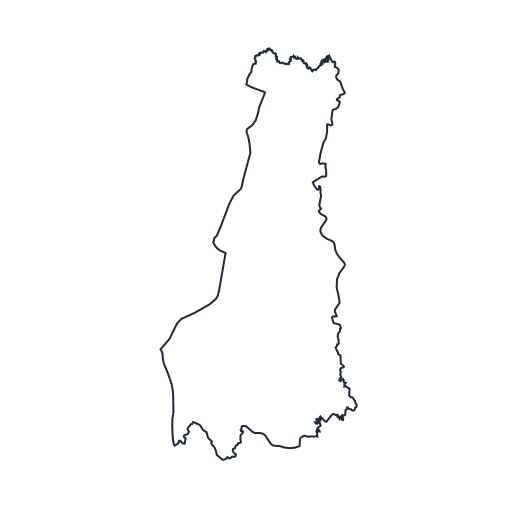 Pa Tio, Yasothon, Thailand, rotated 343°
{"feature_id": "78962969B66944967065262", "entity_name": "Pa Tio", "entity_type": "district", "adm_level": 2, "iso_a3": "THA", "parent_name": "Thailand", "parent_adm1": "Yasothon", "projection": "equal_earth", "projection_center": [104.435, 15.866], "detail": "fine", "context": "isolated", "style": "outline", "palette": "slate", "viewbox_px": 512, "rotation_deg": 343, "n_neighbors": 0, "source": "geoboundaries", "source_scale": "gbopen_adm2", "svg_char_len": 5995}
<svg xmlns="http://www.w3.org/2000/svg" viewBox="0 0 512 512"><g transform="rotate(343 256 256)"><path d="M307.8,387.4L305.7,383.6L307.7,375.7L305.9,373.7L306.2,372.4L305.4,368.5L305.4,366.6L306.8,366.1L307.8,364.3L308.8,364.5L309.5,364.0L310.4,360.3L310.6,356.5L311.8,354.4L314.5,352.1L315.0,350.2L316.1,349.9L316.2,348.2L315.9,346.1L310.6,342.8L310.6,337.2L312.0,336.2L314.5,337.2L315.6,337.1L315.2,332.6L315.6,330.6L322.4,325.0L323.3,318.7L323.9,309.8L326.6,302.1L330.7,296.8L337.7,291.5L338.5,290.0L338.3,288.3L334.8,280.0L333.9,276.5L333.6,273.2L334.5,267.9L334.1,265.4L333.1,263.9L329.0,260.4L326.0,256.6L325.3,255.2L324.8,252.3L325.0,250.3L326.5,247.8L333.7,242.2L334.3,241.0L334.2,238.8L330.2,234.7L329.1,232.0L329.3,231.3L331.9,229.8L331.3,226.9L331.5,225.7L335.9,217.3L336.1,214.7L337.2,211.1L337.5,208.3L337.3,207.7L336.8,207.7L336.0,210.1L335.4,210.6L333.9,210.4L332.1,205.3L331.9,202.0L342.3,199.3L345.4,200.3L346.6,199.8L347.9,195.2L348.3,191.6L349.6,188.2L346.1,186.7L344.2,186.7L343.5,184.9L347.6,176.9L353.5,167.4L357.1,164.1L360.3,158.0L362.5,151.0L363.9,151.3L365.5,153.0L367.3,152.8L367.9,151.2L367.8,147.8L371.7,139.3L372.6,138.7L375.3,138.7L377.9,137.8L381.1,133.5L380.9,132.5L379.0,130.6L379.2,129.6L382.5,128.8L382.8,127.5L383.6,126.7L387.4,126.7L388.7,125.9L387.8,121.5L387.5,113.9L385.3,111.0L384.9,108.6L385.4,107.1L388.2,105.2L389.6,101.9L388.4,99.4L386.7,98.3L386.7,97.4L388.0,95.6L388.2,93.4L387.9,93.0L386.6,93.4L385.7,92.6L384.9,89.2L385.1,87.9L384.0,87.3L384.4,86.0L383.8,86.2L383.6,85.7L382.2,86.0L382.6,87.2L381.9,87.7L382.4,87.9L382.8,89.2L382.5,89.8L381.7,90.0L381.7,90.8L381.3,91.1L380.8,90.4L379.5,90.6L379.9,89.9L380.5,90.2L379.8,89.1L380.3,87.7L379.0,88.8L378.6,87.9L377.6,88.4L377.8,89.3L378.5,89.6L378.4,90.1L377.9,90.3L377.0,89.3L376.2,89.5L376.0,88.4L375.5,88.9L375.5,90.3L374.8,90.3L374.6,91.2L375.0,91.5L374.3,91.5L374.3,92.1L373.7,91.8L373.7,92.5L371.5,93.0L370.8,94.2L369.0,94.6L367.7,95.8L366.4,94.7L364.8,94.9L364.8,95.5L363.9,95.9L363.6,95.4L363.9,94.6L363.4,94.6L363.1,92.5L362.4,91.2L362.1,91.2L362.1,91.9L361.2,91.4L360.8,92.0L360.0,91.3L359.9,89.2L360.7,88.7L360.3,88.2L360.6,87.7L360.4,86.4L359.9,86.2L359.6,86.9L359.3,86.2L358.2,85.7L358.3,84.6L357.7,84.0L358.3,83.2L357.5,82.8L357.7,82.3L357.2,82.2L357.1,81.5L356.6,81.1L356.8,80.2L355.7,79.7L354.9,79.8L354.1,78.4L353.8,79.6L353.3,79.6L353.3,79.0L352.6,79.4L351.5,78.5L351.2,77.4L351.6,77.3L351.5,76.6L350.8,76.2L350.4,76.6L350.3,75.7L349.8,76.2L347.3,75.9L346.8,76.9L347.0,77.8L346.2,77.8L346.6,78.4L346.0,78.6L346.1,79.7L344.3,80.2L344.0,81.7L343.7,81.5L343.1,81.9L342.3,81.3L341.0,81.5L340.4,80.6L338.8,80.1L338.1,78.8L335.4,78.7L334.8,77.5L335.0,76.9L334.5,76.9L334.0,75.8L333.3,76.1L333.6,74.7L333.0,74.4L333.0,73.1L333.9,72.9L334.3,71.5L333.2,70.9L334.1,68.6L333.6,68.4L333.6,67.8L332.4,67.5L331.9,66.8L331.0,64.5L331.5,64.3L331.3,63.7L329.9,63.0L330.1,62.6L329.2,61.3L328.0,62.3L328.2,61.4L327.3,61.4L326.9,62.6L325.0,62.9L324.9,63.6L323.5,62.2L322.4,63.5L321.7,63.0L319.6,63.6L319.4,62.8L318.4,63.0L318.0,63.5L318.1,64.4L317.5,64.4L317.5,64.9L316.5,64.9L315.7,64.3L314.3,64.4L314.1,65.0L313.7,64.7L312.4,66.7L313.0,69.7L312.4,70.0L312.1,71.9L309.3,71.8L305.9,76.7L305.7,78.4L302.7,80.5L299.4,84.2L298.6,86.3L296.9,89.3L301.1,93.3L312.2,101.8L312.1,102.8L302.5,114.8L299.9,119.6L295.4,126.2L290.7,129.8L284.8,131.9L284.0,132.7L283.3,134.4L283.3,140.9L282.6,147.0L280.8,155.7L266.7,178.2L262.3,185.9L261.3,187.3L252.5,191.5L246.2,197.7L230.4,218.1L224.3,225.3L221.2,226.7L220.3,229.2L219.1,230.0L220.0,234.9L221.6,238.1L224.1,241.1L227.8,244.2L210.9,277.6L207.9,282.8L205.1,285.3L197.7,288.6L180.9,292.4L166.4,294.3L160.7,297.5L148.9,310.1L137.4,317.3L137.9,319.4L138.0,322.3L137.0,326.4L136.4,331.9L137.4,341.8L137.9,354.1L137.2,359.2L136.2,364.5L132.1,378.8L131.3,381.4L128.4,387.3L126.1,394.5L123.1,405.9L122.4,411.4L122.8,413.5L126.3,412.7L127.0,411.9L127.6,411.8L128.3,410.2L128.7,410.1L129.7,410.9L131.1,413.7L132.8,414.6L135.4,409.7L135.3,409.1L134.3,408.6L134.3,406.9L136.0,406.4L138.4,406.5L140.5,404.5L139.8,401.7L140.9,400.3L144.8,397.7L145.6,398.1L147.4,396.4L152.5,400.8L153.3,402.3L154.4,406.9L157.2,410.1L157.0,414.5L157.3,416.6L159.6,420.4L159.5,421.0L158.7,421.4L158.6,422.2L158.7,423.6L160.0,425.8L160.4,427.7L160.7,430.8L160.3,434.8L164.7,441.3L167.7,441.3L169.7,440.0L171.1,441.7L172.6,441.8L174.6,441.0L176.9,441.8L178.1,441.2L178.5,440.6L178.5,439.3L177.9,439.0L177.0,436.7L176.9,435.1L177.7,433.8L179.4,433.8L181.4,431.4L183.3,431.2L183.9,429.8L186.0,430.2L186.8,429.9L187.4,428.9L187.3,427.4L188.7,423.1L192.2,420.6L191.9,419.4L190.6,419.0L190.5,417.7L191.8,416.8L192.5,414.8L194.0,414.7L196.8,416.0L201.1,422.9L203.1,425.0L208.1,426.4L210.8,428.1L212.2,430.0L215.4,440.4L217.0,442.3L223.2,444.8L227.3,447.5L232.0,449.6L237.0,450.7L242.1,450.5L244.4,444.3L245.4,443.1L247.9,442.0L250.2,442.2L253.4,444.3L255.9,444.5L258.7,445.8L261.1,445.8L261.9,446.6L262.6,443.0L262.4,441.3L263.4,440.3L264.5,442.2L265.6,442.5L265.6,441.3L264.3,439.8L264.4,438.6L268.2,437.2L268.2,432.7L267.4,432.6L266.7,433.6L265.5,434.3L264.2,433.5L264.0,432.7L264.7,433.2L265.9,432.7L265.7,431.1L266.2,429.7L267.0,430.2L268.0,430.0L268.3,430.4L268.3,431.3L269.6,432.0L270.0,431.4L269.8,429.0L270.7,428.3L273.3,433.7L274.7,435.2L281.5,430.4L283.7,429.6L285.6,431.3L287.3,431.9L286.8,432.6L287.0,434.0L287.3,434.2L287.8,433.2L288.2,435.8L289.4,434.2L290.4,434.5L290.7,435.7L290.0,436.0L290.0,437.4L291.3,438.3L291.8,437.2L291.5,433.6L292.2,433.4L292.5,434.6L295.0,433.8L296.5,429.6L297.8,429.2L298.9,427.4L299.5,427.6L300.2,429.6L302.2,430.5L302.5,431.4L303.8,432.4L305.0,432.1L306.4,430.1L307.7,429.9L308.8,428.1L308.2,426.2L308.2,423.4L307.0,419.6L305.2,418.6L304.3,416.4L306.7,410.2L304.2,407.6L303.8,406.6L302.3,406.6L302.9,405.6L302.9,404.6L304.7,403.5L302.9,402.4L303.5,401.0L303.3,399.2L299.9,400.3L299.3,399.0L300.6,397.4L301.8,397.5L302.2,397.0L301.9,393.8L303.1,392.1L303.2,389.2L304.4,388.1L307.0,388.0L307.8,387.4Z" fill="none" stroke="#1e293b" stroke-width="2"/></g></svg>